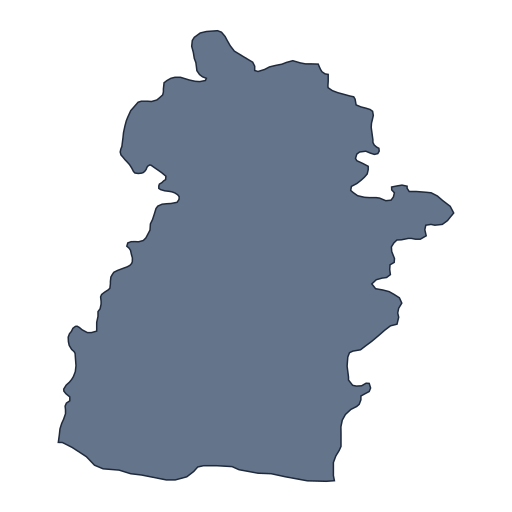 Ivanava, Brest, Belarus
{"feature_id": "67162791B27498157405440", "entity_name": "Ivanava", "entity_type": "district", "adm_level": 2, "iso_a3": "BLR", "parent_name": "Belarus", "parent_adm1": "Brest", "projection": "equal_earth", "projection_center": [25.563, 52.191], "detail": "fine", "context": "isolated", "style": "filled", "palette": "slate", "viewbox_px": 512, "rotation_deg": 0, "n_neighbors": 0, "source": "geoboundaries", "source_scale": "gbopen_adm2", "svg_char_len": 4211}
<svg xmlns="http://www.w3.org/2000/svg" viewBox="0 0 512 512"><path d="M328.2,74.4L325.1,73.9L322.0,71.8L320.5,69.4L319.2,66.5L318.2,64.1L311.5,63.9L305.6,63.9L300.3,62.9L292.8,60.7L286.5,62.4L281.9,64.2L275.7,65.4L269.5,66.9L264.5,69.5L258.0,71.5L254.7,70.5L254.7,66.2L252.7,62.2L247.5,59.1L242.5,56.1L234.3,51.1L230.1,45.6L227.1,40.3L225.1,36.5L221.5,32.2L217.6,30.7L206.4,31.5L201.8,32.6L200.2,33.0L194.3,37.3L192.3,40.5L191.7,46.3L193.3,52.3L194.3,58.4L195.9,62.7L196.9,70.7L199.5,74.5L202.5,76.8L206.4,78.3L205.4,80.5L199.8,81.6L195.2,81.3L189.3,80.0L180.5,77.3L174.9,77.3L170.9,78.3L167.0,80.5L164.0,82.8L164.0,83.5L163.4,88.9L163.4,91.9L162.7,94.9L159.4,97.9L156.8,100.0L151.5,101.5L147.3,101.2L141.4,101.2L138.1,102.2L134.8,106.0L130.7,110.7L127.7,117.3L126.3,120.8L124.9,126.1L123.5,132.7L123.0,137.6L122.2,143.8L121.9,146.4L120.8,149.2L120.2,152.0L121.0,155.0L122.8,157.0L124.9,159.6L127.1,161.9L129.6,164.7L131.8,168.2L133.5,171.5L134.9,173.0L138.3,173.5L141.7,173.1L143.4,172.5L145.2,170.8L146.3,169.1L146.8,167.6L147.7,166.2L149.6,165.0L151.0,165.2L155.4,168.3L158.9,170.7L161.7,172.7L165.9,176.2L165.6,179.6L163.6,180.9L161.9,182.6L159.4,184.1L158.8,185.9L158.8,188.4L160.6,189.6L164.7,190.8L169.5,191.4L172.1,191.9L174.8,192.9L177.6,194.7L179.2,196.7L179.0,199.4L177.1,202.3L171.0,203.5L167.0,203.7L162.1,204.2L157.8,206.1L156.0,208.5L154.4,213.8L152.5,219.6L150.4,223.9L150.2,227.2L150.0,230.1L145.9,237.9L143.3,240.5L138.5,241.8L134.9,241.6L131.1,241.7L127.8,242.9L126.8,246.2L129.1,248.2L130.5,250.3L131.5,254.8L132.4,257.9L132.3,261.8L131.6,263.5L130.0,265.3L127.3,266.8L124.0,268.0L117.6,270.4L113.8,272.3L112.2,274.7L110.9,277.0L110.4,281.4L110.4,283.8L109.9,288.2L108.3,289.8L104.7,292.1L101.6,294.5L100.6,296.9L101.1,301.3L101.1,304.1L100.1,308.8L98.0,311.6L98.0,316.4L96.7,322.4L96.7,329.0L96.7,331.1L91.4,332.6L87.4,332.6L82.1,329.8L79.4,327.5L77.1,326.2L75.4,326.4L72.9,328.3L71.4,331.4L69.5,333.7L68.2,337.1L68.4,341.7L69.2,345.4L71.6,349.4L74.1,351.6L75.1,353.4L75.5,359.2L76.0,365.7L75.3,371.7L73.4,376.6L71.5,379.7L69.4,382.2L66.2,385.1L63.7,389.1L63.9,391.2L66.0,393.8L69.8,396.9L69.8,400.8L66.4,403.1L65.1,406.1L65.5,409.7L65.5,413.8L63.5,419.5L61.7,423.4L60.0,428.8L59.3,435.1L58.3,442.4L62.4,442.5L72.1,447.4L86.4,456.7L94.5,465.2L103.1,468.8L119.1,470.1L130.6,473.7L141.5,475.0L166.2,479.9L175.3,479.9L186.8,476.8L193.7,471.5L197.7,467.0L203.5,465.7L216.7,465.7L232.1,466.6L239.0,469.7L258.0,473.2L271.2,473.7L285.5,476.8L307.3,480.8L326.2,481.3L334.4,480.7L333.4,475.6L333.4,467.8L333.4,462.5L335.8,456.0L339.2,450.4L341.0,446.4L341.0,440.7L341.0,433.5L340.9,426.8L342.3,420.1L345.4,414.5L350.9,409.4L356.8,406.4L359.2,404.3L360.9,399.8L360.9,396.0L364.7,393.9L369.2,391.5L370.6,388.0L369.2,383.4L366.1,383.2L361.6,385.8L356.4,386.1L352.6,385.3L348.5,380.0L348.5,377.0L347.1,366.1L347.8,357.0L349.5,352.7L352.9,351.1L360.5,349.8L365.7,345.8L371.9,341.2L379.5,334.8L384.6,330.3L390.5,325.8L397.0,324.2L398.7,317.2L397.7,313.0L398.7,308.2L401.8,303.1L399.4,297.8L393.9,294.3L389.1,291.6L382.9,290.0L375.6,288.7L371.8,283.9L376.3,279.7L382.1,278.1L386.6,277.5L390.4,274.6L389.7,269.5L390.0,264.8L394.2,262.4L394.5,258.6L391.7,251.5L391.4,246.9L393.8,243.0L396.9,240.0L401.4,239.8L408.3,238.4L411.4,238.4L415.5,239.2L420.3,239.2L426.2,235.8L424.8,229.7L425.8,225.2L431.0,224.4L434.8,225.2L442.3,224.4L447.5,220.6L450.2,217.2L453.7,213.0L450.2,206.3L442.6,200.5L437.4,196.0L431.2,192.8L426.4,192.3L416.4,191.5L409.2,191.5L407.1,188.3L407.1,186.2L402.0,185.1L397.2,185.9L391.6,187.0L391.7,189.9L394.4,192.8L393.4,197.0L391.0,200.2L385.8,200.7L379.6,198.1L376.2,197.6L369.3,197.6L364.5,197.3L357.6,195.7L353.1,192.5L350.7,190.4L351.4,186.4L356.9,183.5L361.0,180.3L364.4,177.2L367.2,174.0L368.2,169.7L368.2,166.3L362.7,163.4L356.8,160.7L355.5,158.4L356.8,154.1L359.6,152.0L365.8,151.2L370.3,153.1L374.4,154.4L377.8,153.6L379.2,151.1L378.9,148.3L376.5,147.0L374.2,145.0L372.9,142.4L372.9,139.8L372.2,134.7L371.2,127.3L371.5,123.1L372.4,119.5L373.3,115.4L372.6,111.3L370.1,109.5L366.0,108.2L360.9,106.9L356.1,104.9L355.1,99.2L353.7,96.8L349.9,96.0L342.3,93.9L337.8,92.7L332.3,90.6L328.1,87.7L327.9,85.9L328.2,81.1L328.2,74.4Z" fill="#64748b" stroke="#1e293b" stroke-width="1.5"/></svg>